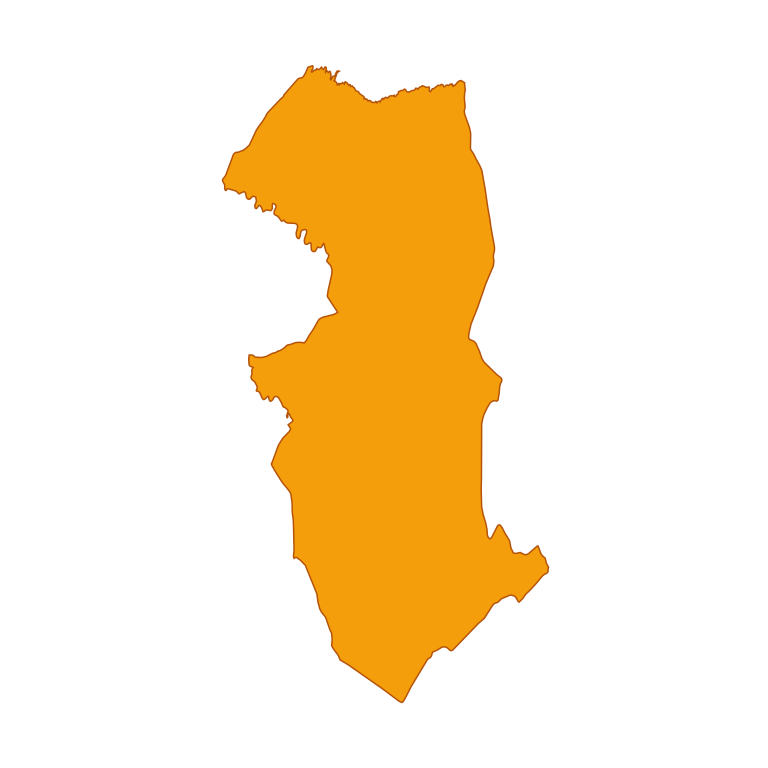 the district of Bokungu, Équateur, Democratic Republic of the Congo, rotated 9°
{"feature_id": "63176286B49430673132917", "entity_name": "Bokungu", "entity_type": "district", "adm_level": 2, "iso_a3": "COD", "parent_name": "Democratic Republic of the Congo", "parent_adm1": "Équateur", "projection": "equal_earth", "projection_center": [22.112, -0.898], "detail": "fine", "context": "isolated", "style": "filled", "palette": "amber", "viewbox_px": 768, "rotation_deg": 9, "n_neighbors": 0, "source": "geoboundaries", "source_scale": "gbopen_adm2", "svg_char_len": 6044}
<svg xmlns="http://www.w3.org/2000/svg" viewBox="0 0 768 768"><g transform="rotate(9 384 384)"><path d="M259.4,83.0L257.7,89.5L256.3,92.9L255.5,94.1L251.8,95.6L250.9,96.7L240.0,114.0L239.6,115.9L237.1,119.0L227.8,132.5L225.9,135.8L225.0,138.9L222.8,143.9L219.6,149.9L218.1,153.7L213.7,168.9L210.9,172.7L208.3,175.2L203.5,178.0L201.6,178.3L200.4,179.3L199.4,180.8L195.2,201.6L194.6,203.6L192.9,206.6L192.6,207.9L192.9,208.8L195.5,212.3L196.1,216.0L197.1,217.6L197.8,217.5L198.3,215.9L200.3,215.6L207.8,216.6L211.0,218.9L215.6,215.9L216.5,216.2L217.3,217.0L219.0,221.3L220.0,222.3L221.1,222.7L222.4,222.5L225.2,219.0L227.7,219.3L228.3,220.0L229.4,223.5L228.4,228.3L229.4,230.5L230.4,230.7L230.9,230.3L232.4,227.5L233.1,227.1L234.2,227.5L235.7,229.4L237.6,232.8L238.3,232.5L240.5,230.5L245.0,230.5L245.8,229.6L246.2,228.2L245.6,224.3L245.9,223.2L246.6,223.0L248.3,223.8L249.5,224.7L249.6,226.3L248.5,230.8L248.7,232.7L249.2,233.7L253.1,235.1L257.1,239.0L257.8,239.1L259.5,237.9L261.4,239.5L263.4,240.1L271.0,239.3L273.1,239.9L273.7,240.8L274.1,243.3L273.6,248.1L274.2,251.2L275.1,252.7L276.2,253.7L277.2,253.7L277.5,253.3L278.0,251.4L278.1,246.5L278.9,245.0L281.5,243.8L283.1,244.0L283.6,244.7L283.9,246.4L282.8,253.0L282.9,255.2L283.6,257.1L284.4,258.1L286.1,258.1L288.8,256.1L289.8,256.3L291.2,262.5L292.0,263.6L293.4,264.3L295.0,263.9L295.5,263.3L297.1,259.1L299.3,259.4L300.4,259.0L301.1,258.0L302.2,254.7L302.7,254.7L305.6,261.6L307.0,263.6L308.6,264.5L309.3,265.7L309.3,267.2L308.2,270.7L308.5,271.9L313.1,275.7L314.9,279.6L315.2,283.9L314.2,300.4L314.2,305.5L314.6,306.8L327.1,320.5L323.5,323.2L313.2,327.6L310.1,329.8L309.1,331.6L305.8,340.6L302.3,348.1L300.7,352.6L298.9,355.8L294.2,356.0L290.3,356.9L285.1,359.7L283.0,360.4L282.0,361.1L279.7,364.1L275.7,367.6L274.1,368.0L272.4,369.7L268.9,371.2L263.4,375.2L259.0,377.0L252.6,377.6L250.0,376.0L246.3,376.4L246.4,380.0L247.7,386.1L248.9,387.3L252.2,388.2L251.2,390.4L252.0,394.9L251.6,397.5L252.0,399.2L253.1,400.5L255.8,401.9L258.9,406.0L259.4,407.8L258.9,410.4L259.2,410.9L261.1,411.0L262.5,411.8L265.7,416.8L267.2,418.2L268.5,417.8L271.1,414.4L271.8,414.4L273.2,417.8L274.1,418.7L274.8,418.8L276.6,417.0L277.5,414.1L278.9,413.2L280.5,413.3L282.2,414.2L285.4,418.3L288.0,422.3L290.4,423.0L292.8,424.6L293.5,425.6L292.8,430.9L293.4,432.3L293.9,432.4L294.1,431.7L293.9,429.5L294.6,428.1L295.3,428.5L297.1,431.4L299.6,433.9L299.6,435.2L295.7,439.3L298.9,442.9L297.9,445.7L292.5,453.4L290.4,458.2L289.2,461.4L285.6,479.9L285.3,480.0L285.4,480.6L286.0,482.0L289.4,486.3L296.9,494.9L299.1,497.3L306.2,503.6L308.2,505.7L309.3,507.5L311.8,515.8L313.4,524.9L315.7,532.6L317.3,540.9L321.2,562.4L321.5,568.3L322.5,570.3L323.7,569.2L325.0,569.1L328.7,571.0L334.6,575.3L350.6,601.9L352.9,609.8L355.9,616.4L358.1,619.3L362.7,623.4L369.1,635.3L371.3,638.5L372.7,644.3L373.3,650.8L376.3,654.4L380.0,657.9L381.8,660.0L383.8,663.4L392.3,666.8L430.0,685.2L448.6,695.0L451.4,695.8L452.6,694.7L454.4,690.2L458.2,678.5L469.8,649.8L470.7,648.3L472.2,647.3L472.9,646.2L473.4,645.0L473.9,641.3L478.5,638.3L482.6,634.6L485.6,634.2L487.5,634.5L491.0,636.8L492.2,636.9L493.7,635.8L514.7,605.7L519.8,599.6L526.0,585.4L527.5,583.4L529.9,582.2L531.1,581.2L533.6,577.7L541.9,572.6L545.9,572.9L547.9,574.5L550.6,577.9L551.6,578.3L554.6,574.2L556.9,569.5L561.3,563.6L565.7,556.9L570.4,549.0L572.2,546.9L574.5,545.3L575.4,543.6L575.0,541.6L575.2,539.6L574.8,538.6L572.6,536.0L570.4,530.8L567.2,528.8L565.6,527.1L561.5,519.9L560.7,520.1L553.5,528.7L551.1,530.5L549.0,530.4L544.9,529.1L541.1,530.6L538.4,530.8L535.1,526.3L532.5,519.1L527.0,512.7L523.1,507.3L520.9,505.2L519.9,505.1L519.0,505.5L518.4,506.2L514.2,519.1L513.3,520.2L512.4,520.3L510.7,518.9L509.6,516.7L508.7,512.2L508.0,510.2L506.4,505.8L502.2,497.1L499.7,490.2L496.5,473.1L495.0,461.9L486.7,408.1L487.0,401.9L487.7,397.8L489.7,391.2L491.9,385.8L493.7,384.1L495.9,383.1L497.9,383.3L498.7,382.7L499.1,381.9L499.2,375.9L498.7,368.0L499.1,364.9L499.8,363.0L499.7,361.0L498.4,359.5L493.8,357.0L479.4,346.7L476.7,343.5L473.2,336.8L468.5,329.6L466.1,327.7L461.7,326.7L460.5,325.4L460.1,323.8L460.0,320.0L460.6,311.1L464.5,293.8L468.9,268.8L473.5,250.3L473.4,245.7L472.1,241.3L471.9,239.4L472.2,235.1L471.9,232.5L471.3,230.2L465.0,212.2L462.8,204.7L459.1,194.1L453.4,175.7L447.2,157.7L444.7,153.7L439.8,147.4L436.6,142.8L433.2,139.2L432.5,137.7L430.6,124.0L429.9,121.4L428.2,117.2L421.5,105.0L420.6,102.1L420.8,97.4L418.7,89.5L418.1,83.9L418.3,81.0L416.4,74.2L416.6,73.9L412.8,72.2L411.1,72.8L409.6,74.2L407.4,77.9L406.5,78.0L405.8,79.2L405.2,78.9L404.6,77.2L403.6,77.1L403.4,77.8L402.3,77.6L401.2,79.1L399.6,78.8L398.8,79.1L397.6,80.6L396.6,81.1L395.5,79.4L393.7,79.1L392.7,80.5L390.8,80.4L386.7,84.7L385.6,84.8L384.1,88.1L382.9,87.5L382.4,84.0L381.9,83.6L379.8,84.4L375.2,83.4L373.9,84.7L372.7,85.3L371.2,87.6L370.4,86.8L368.9,87.0L368.5,88.4L367.7,89.2L365.4,90.0L363.2,91.7L360.9,91.9L359.1,89.7L357.9,89.6L356.7,91.2L355.3,91.3L352.6,93.0L352.5,95.4L351.5,96.2L350.2,98.4L349.3,98.3L348.8,97.2L347.4,98.1L345.9,98.2L344.2,99.0L342.8,101.1L340.7,100.5L338.9,102.9L338.3,102.0L337.3,102.7L336.0,106.1L335.3,105.3L334.0,105.9L333.0,107.5L332.3,106.5L331.5,106.3L331.0,107.4L327.7,107.7L326.7,106.6L325.6,106.1L324.1,107.1L323.2,105.8L322.4,105.5L321.7,105.8L321.2,105.0L319.7,105.5L319.5,103.9L319.0,103.2L314.4,101.0L312.9,99.2L310.4,98.9L308.3,96.1L307.2,95.8L305.9,94.5L304.6,95.4L303.8,93.8L303.2,93.7L302.2,94.4L300.8,92.6L298.7,91.6L298.1,92.0L297.9,94.0L295.9,92.7L295.0,94.1L293.6,94.1L293.1,95.3L292.3,94.4L291.2,95.9L290.1,93.9L288.9,92.8L287.2,92.4L287.9,91.3L287.8,90.0L288.4,87.8L288.7,85.0L289.3,83.4L290.8,82.1L289.3,82.0L288.6,82.6L288.1,83.7L287.3,87.3L285.6,88.1L283.9,91.9L283.4,91.6L283.2,90.7L283.6,88.3L282.3,84.2L281.3,83.6L280.3,85.1L278.4,83.4L277.5,85.1L277.3,84.0L277.8,81.5L277.3,80.3L276.2,80.1L274.8,82.9L273.7,82.2L272.7,80.8L270.8,83.5L269.5,83.6L268.3,83.1L267.8,83.4L267.5,84.7L266.3,84.9L264.0,87.3L263.6,87.1L263.4,86.1L264.4,83.8L264.2,81.2L263.5,80.9L259.4,83.0Z" fill="#f59e0b" stroke="#b45309" stroke-width="1.5"/></g></svg>